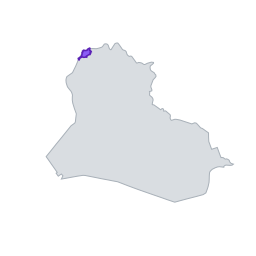 Zakho, Dihok, Iraq shown in context, rotated 340°
{"feature_id": "34846034B3570372403108", "entity_name": "Zakho", "entity_type": "district", "adm_level": 2, "iso_a3": "IRQ", "parent_name": "Iraq", "parent_adm1": "Dihok", "projection": "mercator", "projection_center": [42.817, 37.203], "detail": "fine", "context": "in_parent", "style": "filled", "palette": "violet", "viewbox_px": 256, "rotation_deg": 340, "n_neighbors": 0, "source": "geoboundaries", "source_scale": "gbopen_adm2", "svg_char_len": 4814}
<svg xmlns="http://www.w3.org/2000/svg" viewBox="0 0 256 256"><g transform="rotate(340 128 128)"><path d="M104.9,45.7L106.6,45.2L109.8,42.5L111.7,40.0L112.3,39.8L114.0,40.6L115.2,40.9L117.9,39.9L119.6,40.4L121.0,41.0L121.7,41.1L125.4,42.7L126.4,42.8L128.3,43.0L131.1,43.1L133.0,42.1L134.3,41.1L135.2,41.1L136.1,41.4L136.8,41.8L137.4,42.5L137.7,43.6L137.6,46.9L137.9,47.8L138.4,48.5L139.0,48.6L139.8,47.9L141.2,46.8L142.8,45.6L144.1,44.6L144.8,44.2L145.9,44.2L147.0,44.4L147.6,44.9L147.6,45.1L148.2,46.7L149.7,52.5L150.5,53.3L151.4,53.9L152.1,54.8L152.4,55.7L152.3,57.0L152.3,58.6L152.7,59.8L153.3,60.7L153.8,61.2L154.5,61.2L155.4,61.4L156.1,62.3L158.0,69.0L158.2,69.8L159.0,70.1L160.4,70.0L161.7,70.7L163.2,71.7L164.6,73.7L165.6,74.1L168.5,73.8L172.5,74.1L174.4,75.1L174.2,75.8L172.7,76.5L170.2,77.3L169.4,78.7L169.0,80.6L169.1,81.6L169.7,82.7L171.5,85.0L171.6,85.8L171.9,86.9L172.3,87.7L171.9,89.2L170.3,90.2L168.1,91.3L163.8,96.3L163.5,97.4L163.5,100.3L163.1,101.2L161.7,101.2L160.7,101.0L160.6,102.0L159.9,103.4L159.5,104.6L161.1,107.4L161.4,108.9L161.2,110.2L159.7,112.5L158.8,114.1L159.0,114.5L160.2,115.1L163.7,120.2L164.9,122.0L166.4,121.5L166.9,121.5L167.4,121.8L167.7,122.4L167.7,123.2L167.3,124.3L169.2,124.8L169.9,126.0L172.1,129.9L172.0,131.1L171.0,132.9L170.9,134.2L171.2,135.3L171.5,135.7L174.8,135.8L176.2,136.3L179.6,138.3L183.5,141.4L186.7,143.9L189.4,146.0L192.3,145.9L193.1,146.3L193.9,146.9L194.7,148.7L196.3,152.7L197.8,154.0L199.9,157.1L202.0,160.1L200.6,164.1L199.3,168.3L199.3,173.7L199.3,176.6L202.1,176.7L205.2,176.8L205.2,180.3L205.2,183.7L205.3,187.7L206.2,187.8L207.6,188.7L208.2,189.9L209.0,190.6L210.0,190.7L210.9,191.4L211.8,192.5L212.1,193.4L211.9,193.9L212.1,195.0L212.7,196.4L213.5,197.1L214.7,198.0L213.1,198.5L211.3,198.1L207.5,196.4L206.3,196.3L204.7,197.0L204.6,197.6L200.6,195.6L199.2,195.3L198.7,195.2L196.4,195.2L193.1,195.6L191.2,196.4L189.9,197.2L189.3,198.0L189.1,198.4L188.0,200.8L186.8,203.9L185.6,206.7L183.2,210.5L181.8,212.3L179.0,215.6L175.8,216.3L168.6,215.7L160.6,214.9L152.7,214.2L146.7,213.7L146.3,213.5L140.4,208.8L135.8,205.0L130.0,200.3L124.1,195.5L118.1,190.6L113.8,187.0L108.5,182.5L103.7,178.3L99.9,175.0L95.0,172.1L91.2,169.8L85.6,166.5L81.2,163.8L77.4,161.5L71.6,158.0L69.6,157.1L63.6,155.9L57.8,154.9L51.9,153.9L47.9,153.2L50.5,150.7L49.7,148.5L47.8,148.9L46.0,149.4L45.0,145.9L46.3,145.5L45.1,140.9L43.8,136.2L42.6,131.6L41.3,126.9L46.3,123.9L50.1,121.6L55.3,118.4L60.4,115.4L65.2,112.5L70.5,109.3L75.3,106.4L79.6,105.2L80.6,104.3L82.6,100.3L84.3,97.0L84.3,96.2L84.3,91.4L84.6,85.7L85.2,82.7L86.2,80.0L87.1,78.0L87.2,76.2L87.1,74.3L86.1,71.5L85.2,68.6L85.3,65.7L85.4,64.2L86.1,61.7L87.1,60.0L88.2,58.8L92.3,57.7L94.8,57.0L98.1,53.8L100.0,52.0L102.8,49.0L104.8,46.7L104.9,46.0L104.9,45.7Z" fill="#d9dde1" stroke="#a8b0b8" stroke-width="1"/><path d="M119.5,40.1L119.4,40.0L119.3,39.8L119.2,39.8L118.9,39.8L118.7,39.8L118.4,39.9L118.2,39.9L117.9,40.0L117.6,40.1L117.4,40.1L117.0,40.2L116.9,40.2L116.8,40.4L116.7,40.6L116.4,40.8L116.2,40.8L115.9,41.0L115.6,41.0L115.0,40.7L114.8,40.7L114.6,40.7L114.4,40.6L114.2,40.6L114.0,40.4L113.9,40.4L113.7,40.4L113.4,40.1L113.3,39.8L113.1,39.7L112.8,39.7L112.7,39.7L112.6,39.8L112.4,40.0L112.2,40.2L111.9,40.3L111.6,40.3L111.6,40.5L111.8,40.7L111.8,40.9L111.7,41.0L111.2,41.2L111.0,41.3L110.9,41.3L111.0,41.5L110.9,41.8L110.7,42.0L110.4,42.2L110.3,42.3L110.2,42.7L110.2,42.8L110.1,43.0L109.9,43.2L109.7,43.3L109.6,43.5L109.5,43.8L109.3,44.0L109.2,44.1L109.1,44.4L109.1,44.6L109.0,44.8L108.9,44.8L108.4,44.8L108.0,44.8L107.9,44.9L107.7,45.1L107.4,45.1L107.1,45.1L106.9,45.1L106.6,45.2L106.5,45.3L106.3,45.3L106.2,45.4L106.0,45.5L105.8,45.6L105.7,45.6L105.3,45.5L105.2,45.5L105.0,45.8L105.0,46.0L105.3,46.3L105.4,46.5L105.2,46.8L105.0,47.0L105.4,47.3L105.5,47.2L105.8,46.9L105.9,46.7L106.0,46.6L106.1,46.4L106.3,46.3L106.5,46.0L106.5,45.9L106.9,45.9L107.3,45.8L108.1,45.7L108.6,45.6L109.1,45.7L109.4,45.8L109.7,45.8L109.8,45.9L110.1,46.1L110.4,46.4L110.6,46.5L110.8,46.6L111.1,46.6L111.4,46.7L111.7,46.8L111.8,46.8L112.2,46.9L112.5,46.9L112.9,47.0L113.0,47.1L113.4,47.4L113.5,47.3L113.7,47.0L113.8,46.8L113.6,46.5L113.4,46.4L113.6,46.3L113.8,46.3L113.8,46.2L114.1,46.2L114.3,46.1L115.1,46.1L115.3,46.0L115.4,45.9L115.5,45.8L115.8,45.7L116.2,45.7L116.4,45.7L116.5,45.7L116.7,45.8L116.9,45.9L117.2,46.0L117.3,46.0L117.3,45.9L117.5,45.8L117.7,45.7L117.8,45.6L117.7,45.6L117.7,45.4L117.8,45.3L117.9,45.2L117.9,44.9L118.1,44.9L118.2,44.6L118.2,44.4L118.2,44.2L118.4,44.1L118.6,44.0L119.0,44.0L119.1,43.9L119.3,43.8L119.6,43.8L119.6,43.7L119.5,43.3L119.4,43.1L119.4,42.9L119.3,42.7L119.2,42.6L119.0,42.4L118.7,42.4L118.4,42.3L118.3,42.1L118.4,41.8L118.6,41.8L118.7,41.7L118.8,41.7L118.8,41.4L118.9,41.2L119.0,41.0L119.0,40.9L119.3,40.7L119.4,40.3L119.5,40.1Z" fill="#8b5cf6" stroke="#5b21b6" stroke-width="1.5"/></g></svg>